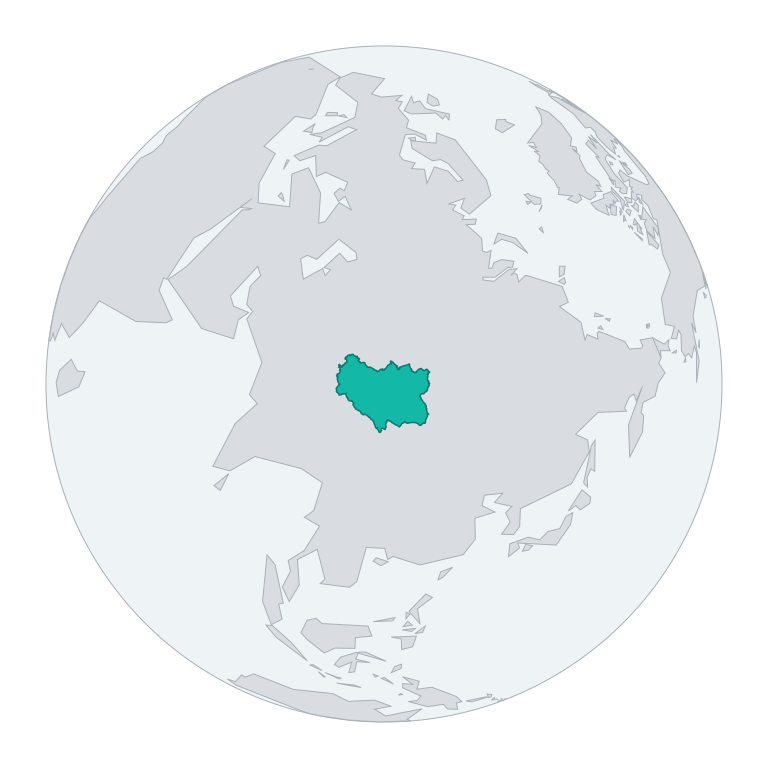 Xinjiang highlighted on a globe, orthographic projection, rotated 54°
{"feature_id": "CHN-1756", "entity_name": "Xinjiang", "entity_type": "Autonomous Region", "adm_level": 1, "iso_a3": "CHN", "parent_name": "China", "parent_adm1": "", "projection": "orthographic", "projection_center": [83.367, 41.753], "detail": "fine", "context": "on_globe", "style": "filled", "palette": "teal", "viewbox_px": 768, "rotation_deg": 54, "n_neighbors": 0, "source": "natural_earth", "source_scale": "10m", "svg_char_len": 17356}
<svg xmlns="http://www.w3.org/2000/svg" viewBox="0 0 768 768"><g transform="rotate(54 384 384)"><circle cx="384" cy="384" r="338" fill="#eef3f6" stroke="#a8b0b8"/><path d="M496.4,65.3L490.0,63.7L484.7,61.6L481.9,61.3L488.4,64.3L493.3,66.5L492.5,75.6L510.8,94.1L526.1,101.5L515.3,99.3L550.6,115.5L566.6,130.3L542.6,112.9L535.7,110.7L543.7,119.8L538.3,119.7L539.0,124.4L531.8,123.7L518.4,114.5L513.5,114.1L519.5,120.7L516.0,124.8L508.0,115.1L501.2,121.5L477.5,109.1L462.0,86.6L443.0,82.3L411.6,66.7L408.6,68.9L394.8,65.6L386.2,67.1L382.8,64.6L378.9,68.2L383.7,70.3L383.5,72.8L378.9,74.2L373.8,70.9L375.4,69.7L371.5,69.5L370.9,67.4L368.5,69.2L362.9,65.5L361.6,71.3L351.3,70.3L349.4,67.3L358.7,64.8L377.1,54.4L378.1,52.0L370.1,50.4L336.1,52.5L333.4,51.7L323.1,52.5L320.4,53.8L327.5,53.8L320.0,57.2L329.6,57.6L327.9,59.3L334.1,61.6L323.4,64.5L309.7,66.4L304.0,64.9L297.7,66.0L295.3,70.5L277.0,71.8L251.7,80.2L248.1,80.7L255.1,74.7L275.1,65.9L284.4,61.2L268.5,67.9L259.6,70.2L254.0,72.4L248.7,74.9L248.2,75.6L243.1,77.6L256.1,71.2L258.4,70.3L261.7,69.0L257.3,70.9L266.6,67.2L269.2,66.2L293.8,58.3L318.8,52.4L344.2,48.4L369.9,46.4L395.6,46.3L421.3,48.1L446.8,52.0L471.9,57.7L496.4,65.3ZM496.4,67.7L489.1,64.5L485.2,62.2L491.9,64.7L496.4,67.7ZM502.9,73.9L497.9,71.9L501.5,71.2L503.2,72.5L502.9,73.9ZM538.2,107.4L533.3,102.9L539.9,107.4L538.2,107.4ZM540.4,125.1L543.5,126.6L542.6,128.5L540.4,125.1ZM339.6,60.0L336.9,60.8L337.1,59.9L339.6,60.0ZM344.8,60.5L347.0,58.9L349.8,58.9L348.4,59.9L344.8,60.5ZM530.7,129.4L528.3,132.3L528.5,127.6L530.7,129.4ZM341.4,62.5L354.5,59.2L359.4,59.4L358.1,63.3L341.4,62.5ZM525.3,132.9L519.5,140.9L526.0,144.6L504.5,139.4L516.5,133.9L515.7,127.4L520.2,131.9L525.3,132.9ZM387.2,70.5L381.9,68.2L390.6,69.0L387.2,70.5ZM392.8,70.4L419.5,70.5L424.9,75.0L414.9,73.8L425.4,79.2L414.9,81.3L406.8,78.8L405.3,75.3L402.4,78.9L392.8,70.4ZM493.6,135.6L490.2,136.5L491.2,133.9L493.6,135.6ZM384.2,73.9L389.1,73.3L394.2,77.1L385.2,79.0L386.5,77.1L384.2,73.9ZM433.3,79.9L435.5,83.4L427.6,85.9L427.3,87.7L415.1,81.8L433.3,79.9ZM383.0,77.0L380.6,80.0L374.0,79.6L379.7,74.8L383.0,77.0ZM399.2,77.3L401.2,79.3L397.2,78.8L399.2,77.3ZM349.3,80.9L355.0,79.5L358.2,81.2L349.3,80.9ZM380.1,81.2L382.4,81.4L384.3,82.1L381.4,84.0L380.1,81.2ZM410.4,84.2L406.6,84.7L415.0,86.7L409.4,89.1L402.3,84.8L403.0,87.7L401.3,88.5L397.4,84.2L410.4,84.2ZM384.1,88.2L373.1,84.4L361.7,86.2L358.6,84.5L377.5,82.0L384.1,88.2ZM392.3,86.2L386.5,87.0L385.6,84.3L388.9,82.1L392.3,86.2ZM408.2,92.4L418.6,89.8L419.8,90.8L408.2,92.4ZM381.0,89.2L383.8,90.1L380.3,89.6L381.0,89.2ZM400.1,91.9L403.6,90.7L404.9,91.9L400.1,91.9ZM386.3,93.2L382.7,91.9L384.8,90.2L386.3,93.2ZM392.7,93.0L393.7,95.0L387.8,90.4L394.1,92.2L392.7,93.0ZM400.7,93.2L402.6,93.6L399.1,93.5L400.7,93.2ZM380.2,100.7L372.3,95.4L377.0,91.5L384.1,97.1L380.2,100.7ZM85.8,542.9L76.6,523.9L74.0,512.8L69.7,497.2L58.3,448.8L60.3,434.0L58.9,421.6L55.0,414.0L54.2,399.0L52.5,392.8L47.1,359.6L49.8,334.1L63.2,278.4L67.2,270.3L75.5,252.5L109.8,238.9L108.6,253.1L126.0,280.8L126.6,287.4L115.4,298.4L121.1,341.3L133.7,336.5L148.0,366.9L163.4,379.4L185.1,356.2L160.0,335.1L164.7,317.9L192.1,323.0L215.4,342.4L218.0,336.4L210.9,313.7L224.0,308.2L209.3,305.1L209.5,313.6L200.3,312.3L199.6,304.5L204.3,302.6L199.4,294.8L178.5,306.8L176.4,316.8L159.0,305.0L153.9,320.9L146.4,322.5L152.3,296.5L157.6,290.3L162.1,256.6L154.8,261.8L150.2,294.4L148.2,288.8L138.4,297.4L144.2,286.5L151.2,250.8L140.7,239.6L113.8,247.5L110.5,240.0L113.9,225.6L137.3,204.1L142.0,223.6L150.4,217.4L161.0,199.9L161.6,207.8L166.5,203.4L169.5,210.5L185.0,209.0L189.8,215.3L206.9,204.3L211.7,206.4L200.1,212.1L194.7,220.0L207.8,236.9L213.5,237.1L223.6,228.9L225.9,235.1L234.1,225.1L247.0,231.3L238.0,215.7L249.6,206.9L263.4,205.5L265.7,200.2L243.2,202.6L235.7,206.3L231.8,213.7L209.9,222.8L203.0,219.4L219.8,200.3L211.9,193.8L228.5,182.8L279.0,181.2L294.5,186.8L296.8,215.0L286.8,218.4L281.1,209.7L276.2,226.2L281.5,220.7L283.4,226.3L295.0,220.4L297.0,224.1L304.8,212.4L308.4,216.3L303.4,223.7L323.7,219.4L334.3,226.2L337.9,223.6L338.9,218.8L351.7,231.3L353.8,228.8L350.4,223.7L352.5,215.7L361.1,206.7L365.1,211.5L362.5,215.4L363.0,231.2L355.6,241.5L358.1,242.6L365.5,234.9L364.8,215.5L368.9,208.8L370.7,217.6L370.3,213.8L373.6,212.1L380.6,215.0L379.3,205.4L409.8,182.5L426.3,186.8L424.4,196.6L449.9,188.3L466.5,195.6L463.4,190.6L473.5,184.4L468.4,181.9L467.7,179.2L491.3,164.1L499.9,165.0L506.5,154.5L504.9,152.2L498.9,150.9L504.5,139.4L526.0,144.6L528.5,149.5L540.2,150.1L544.4,161.6L553.3,171.9L551.1,185.2L558.4,193.0L562.1,192.4L574.8,203.1L587.8,228.4L560.7,210.1L537.9,176.3L545.8,189.8L539.0,187.7L538.8,193.4L544.8,203.4L548.5,203.9L532.7,227.7L537.3,258.6L548.9,252.2L559.5,257.7L574.9,291.2L565.0,346.9L579.0,358.0L582.0,367.7L574.6,377.2L570.0,363.2L559.6,361.3L558.2,352.5L544.8,364.3L542.1,352.2L533.0,368.1L540.0,376.1L552.8,369.5L546.0,389.4L563.2,401.3L568.6,420.3L551.5,461.3L528.9,478.0L528.2,484.2L517.4,480.0L505.8,494.4L527.9,522.2L528.2,531.4L508.0,552.9L507.1,546.5L478.6,535.2L475.1,557.2L496.8,570.7L504.3,588.5L488.4,585.6L480.6,569.8L470.5,565.2L471.9,546.6L461.1,519.7L445.0,526.8L445.0,515.1L427.6,491.9L403.8,500.6L366.8,531.1L363.7,559.6L350.0,570.8L328.5,527.7L325.4,498.1L313.5,499.1L294.8,470.1L250.7,456.7L248.1,447.6L239.0,448.3L226.4,435.2L223.8,420.1L214.5,416.9L222.4,456.5L232.8,460.0L246.6,451.5L246.4,464.1L259.0,479.1L232.0,498.9L172.6,497.3L172.9,474.5L159.9,396.4L163.7,390.6L163.9,389.8L164.1,388.2L156.6,396.6L156.4,381.5L156.7,433.2L154.1,452.0L171.6,498.2L168.5,499.9L176.0,510.9L207.6,517.6L206.4,524.3L187.7,547.9L149.3,565.4L158.1,593.1L161.4,611.3L145.6,609.4L155.1,624.7L148.1,621.6L153.1,628.5L152.1,629.4L149.6,627.4L131.2,608.2L114.4,587.7L99.2,565.8L85.8,542.9ZM88.2,255.4L84.9,259.9L88.2,255.4ZM233.6,377.8L251.7,387.7L254.5,365.7L261.7,367.9L260.0,360.0L254.6,364.1L252.1,343.0L263.9,341.7L267.3,332.9L261.4,329.3L240.3,335.4L243.6,365.2L234.8,370.5L233.6,377.8ZM258.8,70.5L257.5,71.1L251.7,73.7L253.5,72.7L258.8,70.5ZM231.8,85.9L224.2,88.7L230.8,85.6L231.8,84.3L247.0,76.8L247.1,80.6L244.3,79.9L231.8,85.9ZM267.3,68.8L257.7,72.5L268.2,68.4L267.3,68.8ZM190.8,175.1L188.1,180.8L181.4,183.7L175.5,177.7L185.1,173.3L190.8,175.1ZM185.7,188.6L204.0,172.4L208.5,176.2L202.9,176.6L204.0,180.7L195.3,182.8L181.6,203.1L174.8,207.1L167.5,192.6L173.6,194.8L176.0,188.7L185.7,188.6ZM243.1,131.2L251.1,126.2L250.3,140.6L242.9,143.8L236.5,137.5L241.5,130.0L243.1,131.2ZM336.7,70.8L339.8,69.3L341.2,70.0L339.7,71.9L336.7,70.8ZM351.7,80.1L324.6,78.9L326.8,76.9L308.3,79.6L306.8,75.5L318.8,73.7L303.9,73.1L314.2,69.9L303.4,70.3L330.3,66.8L339.0,64.5L329.9,68.4L331.0,72.1L334.0,73.0L349.2,74.1L368.3,71.8L372.5,75.7L370.3,79.1L366.3,80.3L364.9,77.2L360.6,81.0L355.5,77.5L351.7,80.1ZM342.5,126.9L342.5,121.2L333.1,131.5L327.9,126.7L327.2,128.2L319.8,126.8L309.5,128.0L308.5,125.2L305.0,126.9L300.0,126.3L294.8,127.9L291.1,123.7L284.5,125.4L286.5,122.5L276.0,126.7L282.2,121.8L276.4,121.1L273.4,126.2L266.5,103.5L258.8,99.0L249.0,98.3L261.0,91.0L277.9,87.5L295.2,87.5L300.9,93.3L305.3,89.4L309.3,91.2L304.2,93.6L314.5,91.1L316.4,93.3L331.9,95.6L345.6,91.5L351.6,92.6L347.2,95.4L356.3,94.6L352.0,100.7L356.2,101.7L356.2,109.2L345.3,114.5L350.8,115.4L351.1,121.6L342.5,126.9ZM379.8,102.8L367.9,109.4L359.3,110.3L362.9,97.0L359.6,95.2L361.7,87.5L374.2,86.7L372.4,88.8L373.7,90.8L369.3,90.3L373.7,92.2L371.5,95.5L374.4,98.0L369.7,99.3L379.8,102.8ZM133.0,286.6L134.5,290.4L138.2,294.6L132.1,300.5L133.0,286.6ZM137.2,262.2L139.4,264.1L132.6,273.7L131.0,270.1L137.2,262.2ZM146.5,257.5L140.1,263.5L142.6,258.1L146.5,257.5ZM202.8,213.7L205.9,215.6L203.9,218.0L199.5,219.6L202.8,213.7ZM313.4,159.2L314.8,155.1L317.1,155.0L326.0,147.9L330.5,151.3L326.9,156.9L313.4,159.2ZM177.5,357.4L169.6,359.1L168.8,354.6L171.7,354.9L177.5,357.4ZM147.2,329.2L151.3,339.2L145.5,330.7L147.2,329.2ZM319.8,161.7L323.0,158.3L323.3,162.2L319.8,161.7ZM334.3,153.5L335.6,157.4L332.1,150.9L334.3,153.5ZM206.9,632.5L202.7,654.8L189.9,648.3L182.2,638.2L180.2,622.5L193.3,624.5L198.4,618.7L206.9,632.5ZM578.0,606.3L586.2,603.7L585.7,604.9L578.0,606.3ZM569.5,606.2L579.2,602.7L567.6,609.2L569.5,606.2ZM582.9,601.2L592.7,594.9L597.0,591.3L596.0,593.8L582.9,601.2ZM562.8,608.8L525.0,620.3L509.7,621.2L513.6,616.4L538.5,610.9L562.8,608.8ZM512.4,616.6L488.5,610.0L453.5,579.1L466.1,578.3L502.2,594.4L500.0,598.5L514.4,604.7L512.4,616.6ZM568.9,578.8L566.5,590.4L546.0,596.3L536.5,597.4L529.9,585.1L533.6,576.8L541.5,574.8L570.4,539.3L580.9,541.9L572.4,556.2L580.8,562.9L568.9,578.8ZM365.3,562.4L373.9,579.0L366.3,581.3L365.3,562.4ZM580.8,516.1L570.0,532.3L579.4,512.5L580.8,516.1ZM585.5,498.4L586.9,504.3L581.6,500.2L585.5,498.4ZM529.2,493.3L520.9,496.9L520.0,492.4L530.2,485.1L529.2,493.3ZM572.6,436.3L575.0,450.3L574.3,455.5L569.3,448.6L572.6,436.3ZM362.9,190.8L345.5,196.5L336.0,203.9L335.4,212.9L328.8,203.2L343.5,191.7L362.9,190.8ZM403.6,182.7L404.0,175.6L408.8,177.6L409.3,179.5L403.6,182.7ZM400.4,179.2L391.7,172.9L395.2,168.2L401.3,174.1L400.4,179.2ZM355.2,166.1L349.7,167.4L349.6,164.1L355.2,166.1ZM613.9,631.7L614.8,630.8L612.6,632.8L604.4,640.1L604.9,639.4L598.0,644.2L541.3,680.3L530.7,684.1L537.4,679.1L535.6,670.0L539.4,668.9L541.9,659.8L577.6,637.0L604.5,607.3L619.8,599.4L634.2,577.5L648.6,567.9L641.7,582.7L653.5,577.9L669.1,544.1L668.8,562.5L672.3,560.2L671.6,561.4L654.5,586.5L635.2,610.0L613.9,631.7ZM709.1,476.0L709.9,473.0L709.8,473.4L709.1,476.0ZM598.2,598.2L610.2,584.9L616.1,581.0L598.2,598.2ZM709.0,475.3L707.6,478.9L708.1,477.0L709.0,475.3ZM709.8,471.5L710.1,469.8L709.9,472.3L709.8,471.5ZM707.7,473.9L709.0,473.2L707.4,474.9L707.7,473.9ZM706.4,477.1L705.1,478.6L705.3,477.7L706.4,477.1ZM684.6,512.9L690.5,515.6L684.4,523.5L678.0,524.3L670.6,538.4L655.3,550.9L659.6,543.2L658.1,537.6L640.7,547.5L637.3,545.0L643.9,537.3L631.7,541.1L645.2,530.2L650.2,536.8L657.5,523.5L669.1,515.8L679.5,509.1L686.7,507.8L684.6,512.9ZM644.2,552.5L646.4,551.0L644.1,555.3L644.2,552.5ZM702.5,479.0L704.5,479.4L704.0,481.1L702.9,482.5L702.5,479.0ZM688.6,504.0L696.9,485.8L698.5,483.5L692.9,499.6L688.6,504.0ZM695.4,482.8L698.7,479.2L700.1,481.3L699.3,483.6L695.4,482.8ZM616.8,560.4L616.1,563.5L612.5,563.3L616.8,560.4ZM621.7,556.1L632.4,552.7L620.6,559.1L621.7,556.1ZM586.5,563.1L590.0,568.5L601.1,559.1L592.6,569.3L599.6,576.9L596.8,582.1L590.0,573.6L586.7,587.0L581.7,588.9L579.5,579.5L584.8,564.3L589.7,556.7L609.5,545.3L586.5,563.1ZM621.8,547.8L618.8,541.3L621.0,534.6L624.2,537.2L621.8,547.8ZM609.2,525.8L600.3,519.8L592.9,527.0L607.0,506.0L613.4,515.3L609.2,525.8ZM600.4,507.1L593.7,513.8L600.2,502.2L600.4,507.1ZM591.5,511.2L589.9,504.3L595.7,502.9L591.5,511.2ZM604.1,505.7L604.1,492.9L607.7,498.8L604.1,505.7ZM585.5,489.1L599.1,495.8L582.6,497.5L578.4,473.6L585.2,470.2L585.5,489.1ZM600.7,370.4L597.1,363.7L602.2,359.0L603.2,364.9L600.7,370.4ZM615.5,339.4L602.3,355.6L591.2,369.4L596.3,370.7L596.9,384.8L587.3,376.2L592.6,357.5L601.6,349.5L599.7,338.0L604.3,326.8L598.1,314.4L599.0,306.8L607.4,315.8L615.5,339.4ZM595.0,309.4L586.0,286.1L597.1,283.3L601.6,287.7L601.1,299.4L595.2,300.2L595.0,309.4ZM587.1,279.9L581.3,280.6L555.8,252.5L553.3,246.1L578.5,264.8L574.4,266.6L578.7,274.4L587.1,279.9ZM493.0,138.7L490.4,136.7L494.2,137.3L493.0,138.7ZM464.6,178.0L464.3,174.4L468.7,174.9L464.6,178.0ZM465.6,164.8L460.9,166.7L464.3,162.7L465.6,164.8ZM450.5,171.4L458.2,166.4L453.2,174.2L450.5,171.4Z" fill="#d9dde1" stroke="#a8b0b8" stroke-width="1"/><path d="M357.7,420.4L357.3,420.0L356.6,420.1L355.3,420.0L354.8,419.6L354.2,419.6L353.8,419.2L353.0,419.1L352.8,418.8L352.4,418.7L352.0,418.3L351.5,418.0L351.5,417.8L351.6,417.4L351.4,417.2L350.8,417.5L349.6,417.6L349.5,417.4L349.4,416.5L348.7,416.3L348.5,416.0L348.5,415.7L348.9,415.5L348.9,415.2L349.1,415.0L348.9,414.6L349.0,413.7L348.5,412.5L347.6,411.8L347.3,411.7L347.0,411.8L346.9,411.9L346.6,411.9L346.4,410.9L346.2,410.6L345.6,410.5L345.2,410.2L344.4,410.2L344.1,410.6L344.0,410.3L343.8,409.9L343.4,409.9L343.2,409.6L342.6,409.7L342.3,409.4L341.9,409.1L341.9,408.8L342.3,408.8L342.5,408.5L343.1,408.6L343.6,408.2L343.9,408.7L344.3,408.7L344.6,408.4L345.2,408.3L345.4,407.9L345.7,407.8L344.5,406.5L344.5,406.2L345.0,405.6L344.6,405.2L344.8,404.9L344.7,404.8L344.7,404.0L344.3,403.7L344.4,402.4L344.7,401.9L344.7,401.4L344.4,401.1L344.1,401.0L343.9,400.8L342.5,400.0L342.1,400.1L341.6,399.9L341.4,400.2L341.2,400.3L341.3,400.6L341.2,400.7L340.7,400.6L340.1,400.1L339.9,399.4L339.9,398.9L339.7,398.5L339.9,398.2L340.4,398.2L340.5,398.0L340.4,397.8L340.0,397.4L339.9,396.9L339.6,396.5L339.9,395.7L339.9,395.1L340.8,395.0L341.0,394.6L341.3,394.4L341.2,393.7L340.9,393.4L340.9,393.2L341.6,392.2L341.7,391.9L341.9,391.7L342.7,391.5L343.3,391.7L343.6,391.6L345.2,390.4L345.9,390.5L345.6,389.9L345.9,389.4L346.6,389.9L347.2,389.8L347.4,390.0L349.0,389.0L349.3,389.2L349.3,389.9L349.5,390.1L349.4,390.5L349.5,391.1L349.9,391.0L350.5,391.1L350.8,390.8L351.2,390.6L351.7,390.8L352.1,390.4L352.2,390.5L352.3,390.9L352.4,391.0L353.1,390.5L353.6,389.8L353.9,389.5L354.1,388.7L354.6,388.2L354.7,387.6L355.1,387.3L355.8,387.1L356.2,387.4L357.2,387.4L357.9,387.7L358.6,387.6L359.4,387.3L360.5,387.5L361.0,387.1L361.4,386.4L361.8,386.2L361.8,385.8L361.9,385.6L362.6,385.2L363.0,385.0L363.2,384.7L365.7,383.7L366.1,383.4L366.5,383.5L367.5,383.0L368.1,382.9L368.6,382.2L370.3,382.1L370.4,381.8L370.2,381.2L370.5,380.9L370.2,379.7L370.3,379.4L370.1,379.0L370.0,378.5L370.5,377.5L370.9,377.5L371.8,377.2L371.8,376.9L371.1,376.6L371.0,376.4L372.2,375.7L372.7,375.9L372.8,375.8L372.9,375.6L372.8,374.9L372.3,374.5L372.6,373.8L371.7,371.1L371.5,370.7L371.4,370.2L371.2,369.8L371.4,369.2L371.2,367.9L371.5,367.0L371.4,366.7L372.0,366.4L370.9,365.7L369.9,365.8L369.4,365.4L369.4,365.1L370.4,364.4L371.6,364.4L371.8,364.0L372.2,364.1L372.9,363.8L373.5,364.0L376.4,363.1L376.9,362.7L377.3,362.8L377.4,363.0L377.5,363.6L378.1,364.0L379.3,363.5L379.7,363.6L380.3,364.2L380.6,364.1L380.9,363.4L381.0,362.4L380.5,362.1L379.8,362.0L379.6,361.7L379.9,360.5L380.4,359.5L380.7,357.8L381.2,357.0L381.9,354.7L382.5,353.4L382.6,351.9L383.1,351.9L384.6,352.7L386.2,353.2L386.8,353.3L387.6,353.1L388.6,353.2L389.2,353.2L389.6,353.5L389.4,354.0L389.5,354.1L390.2,353.9L391.5,352.8L392.6,352.7L392.8,351.9L393.2,351.8L393.2,351.4L393.2,350.7L392.8,350.1L392.9,349.3L392.5,347.6L392.7,346.3L393.2,345.0L393.5,344.7L394.3,344.6L395.1,344.6L395.5,344.2L396.0,344.2L396.5,343.9L396.6,343.5L397.2,342.8L397.1,342.4L397.3,342.0L397.0,341.6L396.9,341.4L397.5,340.5L397.9,340.5L398.5,340.3L399.6,340.6L399.9,340.5L400.0,340.3L401.1,340.0L401.2,340.3L401.2,340.8L401.4,340.9L401.4,341.1L401.0,341.4L400.9,341.7L401.2,341.9L401.3,342.2L401.9,342.3L402.2,342.6L402.2,342.8L401.8,343.2L402.0,343.5L403.3,343.9L403.7,344.3L404.1,344.3L404.3,344.6L404.4,345.0L404.5,345.4L405.0,345.6L405.4,345.9L405.8,345.9L406.4,346.5L407.1,346.6L407.6,346.2L408.3,346.2L408.5,346.6L408.8,346.9L409.1,347.0L409.2,347.3L409.8,347.3L409.9,347.2L410.0,346.9L410.4,346.9L410.6,347.6L410.9,347.9L411.6,348.1L411.6,348.3L411.9,348.8L412.1,349.0L412.2,349.6L412.4,349.7L412.3,350.1L413.5,351.8L414.2,352.1L414.4,352.6L414.4,352.9L414.8,353.3L414.8,354.1L415.0,354.3L414.6,355.9L414.9,356.6L415.1,356.9L415.2,357.5L414.1,359.1L414.0,360.7L414.5,361.1L414.7,361.8L415.0,362.0L415.1,362.4L415.9,362.2L416.2,362.2L416.7,362.6L417.2,362.6L417.5,362.4L417.9,362.8L420.0,362.6L420.8,362.9L421.8,362.9L423.3,362.5L423.8,362.6L424.7,362.5L426.2,362.7L427.0,363.0L428.0,364.1L428.6,364.1L429.1,364.0L429.9,364.8L430.2,364.8L431.0,365.1L431.5,365.6L433.0,365.9L434.4,365.6L434.2,366.3L434.3,367.1L435.3,367.4L436.2,369.2L437.0,370.4L437.3,371.3L439.5,373.1L439.8,374.0L438.8,375.0L438.7,375.3L438.9,377.7L439.1,378.4L438.5,379.4L438.1,379.6L436.9,379.7L435.1,380.3L433.2,381.8L431.0,384.9L429.5,388.2L428.3,389.0L427.2,389.0L426.8,389.2L426.9,391.4L426.4,392.8L427.5,395.2L427.6,396.9L425.0,397.7L424.0,398.5L421.8,399.4L421.1,399.6L420.3,400.1L419.1,400.4L417.5,400.7L417.4,401.1L416.3,401.9L415.5,402.1L415.3,402.3L415.3,402.5L415.5,402.9L416.8,404.8L416.9,405.3L416.7,405.8L416.8,406.0L418.8,406.9L419.3,407.3L420.0,407.5L420.2,407.8L420.5,408.6L421.3,409.6L421.3,410.0L421.2,410.2L420.7,410.3L419.9,410.8L419.1,410.9L418.6,411.6L418.5,411.8L418.6,412.5L418.9,412.9L419.3,413.1L420.1,413.3L420.9,415.4L420.8,415.8L419.6,416.3L418.5,415.8L416.3,415.8L415.6,415.1L415.3,416.2L414.9,416.3L414.0,416.3L411.8,415.4L410.7,415.4L409.9,414.9L409.3,414.9L407.8,414.5L406.0,414.8L405.4,415.1L404.0,415.4L402.9,415.2L402.1,415.7L400.3,416.0L399.7,416.3L398.8,416.3L398.5,416.6L397.6,417.0L397.4,417.5L397.2,417.8L397.0,418.4L396.4,419.1L395.3,419.1L394.6,419.8L394.3,419.4L393.9,419.2L393.1,419.4L392.5,419.3L391.5,419.6L390.8,420.2L389.7,420.4L387.9,421.5L387.1,421.3L386.4,421.5L385.2,421.6L383.3,421.3L382.8,421.4L382.1,420.9L382.1,420.2L382.0,419.9L381.4,419.7L380.9,419.9L379.4,419.7L379.0,420.0L378.8,420.5L377.7,421.1L377.6,421.6L377.4,421.8L375.5,422.3L374.6,421.7L373.6,421.7L373.0,421.3L372.8,421.5L372.8,421.8L372.5,421.9L372.0,421.5L371.5,421.5L371.0,421.3L370.2,421.1L369.2,420.4L369.1,421.0L368.6,422.0L367.8,422.9L368.0,423.2L367.9,423.5L367.4,423.7L367.2,423.9L367.3,424.5L367.5,424.9L367.5,425.2L366.6,426.7L366.3,426.8L365.7,426.5L365.1,426.4L364.4,426.6L363.8,426.5L362.5,427.0L361.8,426.6L361.2,425.9L359.8,425.5L359.4,425.2L359.1,423.9L358.8,423.3L358.8,422.6L358.2,421.4L358.5,420.3L358.5,420.1L358.2,420.0L357.7,420.4Z" fill="#14b8a6" stroke="#0f766e" stroke-width="1.5"/></g></svg>